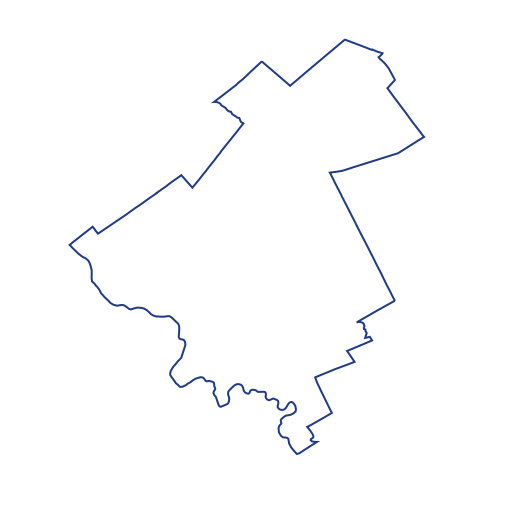 the district of Nucet, Dâmbovita, Romania, rotated 352°
{"feature_id": "2599482B97310589725824", "entity_name": "Nucet", "entity_type": "district", "adm_level": 2, "iso_a3": "ROU", "parent_name": "Romania", "parent_adm1": "Dâmbovita", "projection": "robinson", "projection_center": [25.548, 44.795], "detail": "fine", "context": "isolated", "style": "outline", "palette": "blue", "viewbox_px": 512, "rotation_deg": 352, "n_neighbors": 0, "source": "geoboundaries", "source_scale": "gbopen_adm2", "svg_char_len": 6048}
<svg xmlns="http://www.w3.org/2000/svg" viewBox="0 0 512 512"><g transform="rotate(352 256 256)"><path d="M256.5,438.4L257.5,439.3L259.7,439.8L261.3,440.3L262.5,441.4L262.7,443.7L262.7,446.2L264.1,450.2L265.9,453.3L267.8,456.2L269.0,457.8L269.6,457.7L271.6,457.3L283.1,451.9L290.5,448.6L288.3,448.2L285.7,447.4L284.5,446.0L284.6,445.5L285.0,444.9L286.5,444.2L287.3,443.7L287.7,443.1L287.7,442.2L287.5,441.3L287.2,440.3L286.8,439.3L286.0,437.7L285.5,436.6L284.9,435.6L282.9,432.4L285.0,431.7L293.2,428.5L294.9,427.8L298.5,426.4L301.5,425.2L304.1,424.1L308.3,422.4L308.6,422.2L308.8,422.1L309.3,421.9L308.4,419.5L305.7,411.2L301.9,399.6L298.7,389.3L297.7,384.4L318.0,379.2L338.9,374.6L333.0,362.7L359.2,355.8L357.5,351.9L352.7,352.3L353.6,350.4L354.9,347.7L354.1,345.7L354.1,344.0L352.8,343.4L352.8,342.0L353.7,340.5L353.3,339.2L353.2,337.9L351.9,336.7L349.4,335.6L346.5,335.7L368.4,326.9L386.5,319.9L387.1,319.2L385.6,315.0L385.1,313.5L383.7,309.3L382.1,304.8L380.7,300.8L379.4,296.7L378.9,295.2L378.7,294.5L377.7,291.4L375.9,286.1L374.1,281.1L372.6,276.4L370.2,269.4L367.8,262.4L365.7,256.4L363.2,249.4L360.2,240.6L359.3,238.1L359.2,237.4L357.0,231.2L353.4,220.7L350.9,213.6L350.4,211.9L350.0,210.9L349.5,209.5L349.2,208.7L348.8,207.1L348.2,205.4L347.1,202.3L346.9,201.7L346.7,201.3L346.7,201.0L346.5,200.7L346.2,199.9L346.0,199.1L345.8,198.6L345.5,197.8L345.3,197.2L345.2,196.7L344.8,195.8L344.8,195.7L344.2,194.1L343.8,192.6L343.6,191.9L343.4,191.4L342.7,189.4L342.4,188.5L341.8,186.6L341.2,184.8L341.0,184.4L340.7,183.7L341.2,183.7L346.7,183.8L351.4,183.7L353.5,183.6L358.4,182.8L365.6,181.5L380.8,179.0L403.7,175.2L411.0,174.0L411.7,173.7L432.7,164.2L437.1,162.3L439.0,161.5L438.3,160.5L434.8,154.2L429.7,145.3L423.8,134.2L414.8,118.0L409.5,108.1L417.9,101.2L418.0,100.7L413.5,88.6L410.3,83.1L407.4,79.4L407.0,78.9L406.1,78.2L405.6,77.2L405.1,76.2L406.3,75.5L407.7,74.5L408.9,73.6L409.3,73.1L409.5,72.8L408.8,72.5L408.0,72.1L407.4,71.8L405.7,71.1L404.1,70.2L402.8,69.5L400.9,68.4L399.8,67.7L399.5,68.0L397.0,66.7L393.7,64.8L385.3,60.2L374.7,54.4L373.9,54.2L352.6,67.5L330.0,81.7L324.5,85.2L313.8,92.0L313.5,92.2L301.3,78.3L289.2,64.6L288.3,64.5L285.2,66.6L275.3,73.5L275.0,73.7L274.4,74.2L272.2,75.8L268.9,78.1L267.3,79.2L266.0,80.0L264.8,80.7L263.0,81.8L262.2,82.3L261.6,82.7L261.1,83.1L260.5,83.6L260.3,83.8L260.1,83.9L235.9,97.6L237.1,97.7L239.1,98.3L240.7,99.2L242.0,100.4L242.5,101.7L243.3,102.6L244.9,103.8L246.4,105.1L247.1,106.3L247.9,107.7L248.5,108.3L249.1,108.6L249.5,109.2L250.6,109.4L251.3,109.7L251.6,110.5L252.0,111.9L252.3,112.4L252.9,112.8L253.7,113.5L254.3,114.1L255.7,115.2L256.2,115.9L256.8,116.3L257.6,116.7L258.5,116.9L258.9,117.6L259.0,118.6L259.4,119.9L259.5,120.5L259.9,121.2L260.6,121.9L261.3,122.4L262.0,123.0L261.7,123.3L261.2,123.7L260.4,124.4L260.3,124.5L253.0,131.5L241.5,142.3L236.7,146.8L234.3,149.4L231.4,152.0L228.3,155.2L221.6,161.5L217.9,165.2L214.8,168.0L210.5,172.2L204.9,177.3L202.8,179.2L202.6,179.4L202.5,179.5L193.3,165.6L192.9,165.9L192.6,166.0L184.3,170.2L178.4,173.4L178.3,173.5L177.7,173.9L177.6,174.0L167.6,179.1L167.1,179.3L165.9,180.0L166.0,180.1L165.7,180.2L161.3,182.5L160.0,183.1L159.2,183.5L156.5,184.9L152.9,186.8L147.1,189.8L144.1,191.2L141.6,192.5L138.7,194.0L134.0,196.5L130.9,198.1L126.3,200.3L125.8,200.6L124.1,201.4L122.0,202.4L113.5,206.6L102.6,211.9L102.4,211.6L101.8,210.5L100.5,208.4L100.2,207.7L99.6,206.3L98.3,204.3L91.2,208.4L76.7,216.8L73.0,219.1L75.8,223.0L80.3,228.8L82.0,230.6L83.4,232.0L84.7,233.1L86.9,234.5L89.3,237.2L90.2,239.6L90.8,242.5L91.1,245.3L91.3,247.1L90.7,251.7L90.1,255.2L90.1,258.4L91.9,260.5L92.6,261.6L93.3,263.0L94.3,264.2L95.5,266.4L96.3,267.9L96.9,269.7L97.3,271.2L98.8,273.3L100.0,275.2L101.6,277.3L102.8,278.7L103.6,279.7L104.3,280.8L105.2,282.1L106.5,283.2L108.1,284.5L111.6,285.9L114.4,285.8L116.9,285.9L118.3,286.4L119.7,287.5L121.0,288.7L122.7,290.5L123.7,291.1L124.7,291.5L126.2,291.2L127.8,290.9L131.5,290.6L135.2,291.4L138.1,292.6L140.7,294.8L142.7,297.3L143.8,298.9L146.2,300.8L147.5,301.4L149.2,302.1L151.0,302.3L153.0,302.8L156.9,303.3L158.4,303.3L160.0,303.3L162.0,303.6L163.5,304.7L164.8,306.3L165.8,307.6L167.4,309.6L169.5,312.2L170.1,314.7L170.0,316.7L169.2,321.1L168.9,322.3L168.2,325.3L168.7,327.2L169.9,327.9L172.7,328.9L173.8,331.1L173.7,334.3L167.8,346.4L164.0,349.4L161.2,352.0L158.7,354.1L155.8,357.6L154.6,360.3L154.6,362.1L155.7,364.5L156.8,366.4L158.0,368.8L158.8,370.6L160.7,372.7L162.4,374.9L163.8,375.2L165.1,375.2L168.4,374.2L170.9,372.8L173.2,372.0L176.0,370.4L178.7,369.2L181.3,368.7L184.1,368.3L186.2,368.8L187.5,370.1L188.6,372.4L189.6,373.2L192.4,373.2L195.6,374.6L196.6,375.6L196.8,377.0L196.6,378.3L196.6,379.6L196.9,380.2L197.2,381.2L197.1,382.1L196.4,383.1L195.4,384.1L194.8,385.8L195.4,388.1L196.6,389.8L198.3,398.5L198.8,399.5L199.3,400.0L199.9,400.4L200.8,400.3L201.8,400.0L204.9,399.2L207.2,398.5L208.1,397.7L208.8,396.6L209.4,394.4L209.7,393.1L209.6,392.1L209.4,391.0L209.2,389.7L209.2,388.1L209.7,386.5L210.9,385.3L212.5,384.0L216.0,381.5L218.5,380.4L220.5,380.3L223.0,381.3L224.2,382.6L224.9,384.9L225.1,387.7L226.3,389.7L227.9,390.8L229.2,391.3L229.7,391.2L230.1,391.0L230.7,390.4L231.3,389.1L232.0,388.4L233.1,388.0L234.2,388.0L235.3,388.2L237.0,388.9L238.0,389.8L238.6,390.6L239.6,390.9L241.0,391.1L243.1,391.3L244.7,391.5L246.0,392.0L246.5,392.9L246.6,394.5L245.9,396.7L246.1,397.8L246.8,399.3L248.2,400.4L249.1,400.6L250.1,400.4L251.6,400.0L253.0,399.6L254.3,399.9L255.5,400.8L256.9,401.6L257.6,402.5L257.8,404.2L257.4,405.6L256.8,407.1L256.4,408.6L256.7,409.4L257.2,410.2L258.0,411.1L258.7,411.5L260.2,412.0L261.6,412.1L263.0,411.7L264.1,410.9L264.9,410.1L266.2,408.5L267.6,406.8L269.0,405.7L270.9,405.5L272.0,406.1L273.0,407.6L274.0,409.7L274.2,411.8L274.2,413.5L273.5,415.6L271.0,417.1L268.6,417.9L266.7,418.2L265.0,418.2L263.5,418.2L261.8,418.9L260.1,419.9L258.6,420.9L257.7,422.0L257.6,423.4L257.7,424.2L257.9,424.9L257.7,425.5L257.2,425.9L255.7,427.1L255.0,428.2L254.4,429.5L254.2,432.3L254.2,433.9L254.9,435.7L255.7,437.5L256.5,438.4Z" fill="none" stroke="#1e3a8a" stroke-width="2"/></g></svg>